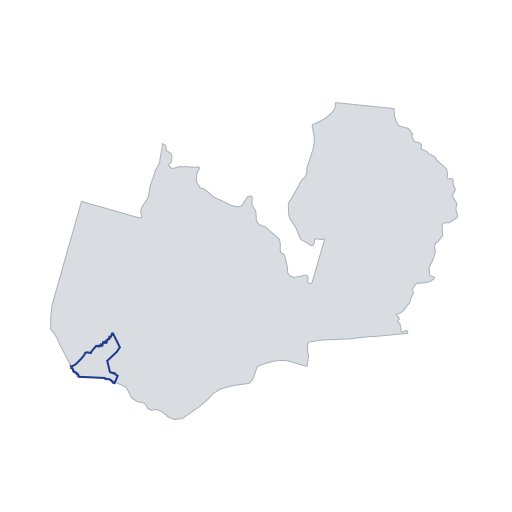 Sesheke, Western, Zambia (highlighted), rotated 16°
{"feature_id": "96606910B16407097160512", "entity_name": "Sesheke", "entity_type": "district", "adm_level": 2, "iso_a3": "ZMB", "parent_name": "Zambia", "parent_adm1": "Western", "projection": "natural_earth1", "projection_center": [23.989, -16.932], "detail": "fine", "context": "in_parent", "style": "outline", "palette": "blue", "viewbox_px": 512, "rotation_deg": 16, "n_neighbors": 0, "source": "geoboundaries", "source_scale": "gbopen_adm2", "svg_char_len": 7067}
<svg xmlns="http://www.w3.org/2000/svg" viewBox="0 0 512 512"><g transform="rotate(16 256 256)"><path d="M335.3,348.1L314.6,348.1L307.0,350.0L300.8,352.9L293.4,357.5L289.1,360.7L287.9,362.4L287.3,366.3L287.3,372.3L286.5,376.6L284.2,380.5L273.0,385.3L265.6,389.2L258.4,393.8L252.9,399.8L249.2,407.2L243.0,416.4L229.9,432.7L222.5,435.7L216.2,435.0L208.6,431.6L202.6,431.0L198.2,433.1L194.1,432.4L190.3,429.0L187.1,427.8L184.6,428.7L181.3,428.5L175.3,426.6L170.2,420.8L167.4,418.4L165.2,417.5L159.0,416.6L144.8,415.2L130.1,418.1L117.1,421.1L103.9,408.1L91.1,394.4L88.4,390.9L83.6,386.3L80.2,384.1L78.8,382.9L75.4,370.7L73.5,359.5L73.2,251.6L131.4,251.6L135.1,251.1L135.3,250.0L132.6,244.2L132.7,242.2L133.5,238.3L136.0,230.5L136.2,227.9L135.0,219.4L135.1,214.6L135.8,205.0L135.4,201.8L136.7,197.5L137.2,194.6L137.8,193.4L137.1,190.1L135.9,178.7L135.2,173.9L138.7,174.6L139.9,177.0L140.6,179.5L142.2,179.7L146.3,181.2L147.7,183.3L148.7,187.9L148.1,190.2L146.8,192.1L148.1,193.8L150.9,194.9L152.5,194.6L157.2,191.5L161.5,190.3L163.7,189.5L173.4,187.5L175.3,186.3L176.6,186.3L177.6,187.2L176.7,190.5L176.4,193.4L177.6,198.8L178.5,201.3L180.5,203.2L182.0,204.1L183.6,206.1L186.9,205.7L194.3,208.5L196.5,209.8L199.6,211.1L201.8,211.5L209.4,212.5L217.5,214.1L221.6,214.2L224.6,213.8L226.7,213.0L227.9,212.1L228.5,211.4L231.6,201.1L233.1,200.3L235.1,199.7L236.3,200.7L237.6,207.2L243.3,213.0L245.3,218.0L246.7,222.2L248.0,223.4L250.2,224.8L253.7,225.3L256.9,225.5L272.5,232.7L274.2,234.0L276.1,237.8L277.2,242.2L278.4,245.6L280.5,246.2L282.2,246.5L284.0,248.8L285.4,250.9L289.9,259.4L290.6,262.8L292.8,265.0L295.8,266.0L298.7,266.1L300.3,265.1L304.3,263.3L307.4,261.3L309.7,260.6L311.0,261.1L312.1,262.5L312.7,266.7L314.9,268.1L316.5,267.5L317.2,265.9L317.2,265.1L317.4,220.7L316.0,221.1L314.2,222.3L310.1,222.5L308.5,223.4L307.9,224.8L308.3,226.7L308.3,229.2L307.7,230.3L305.9,230.8L303.3,229.8L298.5,228.6L294.6,227.8L291.7,224.5L287.9,219.5L285.4,216.9L279.3,211.7L278.3,210.7L276.5,208.2L274.9,204.1L273.4,199.3L272.6,196.2L274.1,191.5L277.7,176.2L278.6,171.4L281.5,166.5L281.8,162.2L280.6,156.6L280.9,153.5L281.4,136.0L280.6,130.4L278.6,124.3L274.2,115.7L274.3,113.9L281.0,108.3L283.1,106.2L286.6,101.7L289.0,97.9L290.5,94.8L291.1,90.7L290.0,86.9L292.3,86.2L348.1,76.3L348.9,78.9L350.6,83.3L352.5,86.5L354.9,89.3L356.9,91.0L358.3,91.5L366.9,91.4L369.9,93.1L372.6,95.2L373.3,98.6L375.0,100.7L376.9,102.3L377.8,102.6L379.2,102.1L381.5,102.1L383.6,102.8L384.6,103.6L384.7,106.4L385.3,107.6L388.2,108.1L391.2,108.3L394.1,110.3L397.1,110.6L400.7,111.4L402.4,113.4L406.2,115.5L410.8,117.4L415.9,120.5L416.0,121.5L416.9,123.3L417.8,124.6L417.8,126.6L418.2,128.4L419.5,128.8L420.6,128.9L421.6,127.6L423.0,127.7L424.5,128.5L425.0,130.6L426.2,133.4L428.0,135.3L429.3,137.1L428.8,140.5L428.0,143.5L430.6,146.5L433.9,149.4L434.8,150.7L435.0,154.9L435.5,156.4L437.7,159.9L438.8,162.3L438.7,163.7L432.6,170.7L428.8,171.8L427.2,173.2L426.2,174.7L428.6,181.7L429.8,184.4L428.7,187.7L426.3,193.3L425.1,193.8L424.9,198.1L425.6,199.7L426.8,200.9L427.3,203.8L427.1,211.0L425.5,219.2L428.2,226.3L429.1,227.1L432.9,227.2L433.6,227.8L432.7,229.8L430.0,232.9L425.1,235.4L418.1,238.1L416.7,240.7L415.7,244.4L416.5,246.6L417.4,247.9L417.1,251.2L416.4,254.6L416.6,257.4L416.3,259.8L415.3,261.0L414.1,264.6L412.6,268.2L411.4,269.9L409.6,271.6L406.9,273.1L406.9,273.8L410.0,275.5L410.8,276.7L411.1,277.5L409.8,279.3L411.2,280.5L412.9,281.4L414.5,283.8L416.4,288.4L416.7,288.9L417.3,288.9L418.3,288.4L420.2,286.6L421.6,285.9L423.3,288.5L394.2,299.9L387.4,302.2L377.2,306.2L373.9,307.7L371.2,309.1L344.2,318.0L340.0,319.7L330.4,324.2L330.1,325.0L330.2,327.0L331.0,331.3L332.6,335.1L334.0,337.3L334.9,343.1L335.3,348.1Z" fill="#d9dde1" stroke="#a8b0b8" stroke-width="1"/><path d="M139.5,369.4L139.6,369.7L139.4,369.8L139.4,370.0L139.4,370.3L139.3,370.6L139.2,370.6L139.3,370.9L139.4,371.1L139.4,371.3L139.2,371.4L139.3,371.4L139.2,371.5L139.2,371.8L139.1,372.0L139.0,372.3L138.9,372.2L138.9,372.3L138.9,372.2L138.9,372.3L138.8,372.5L138.7,372.5L138.8,372.5L138.7,372.7L138.7,372.8L138.7,373.0L138.6,373.3L138.4,373.5L138.2,373.8L138.3,374.0L138.2,374.0L138.0,374.3L137.9,374.3L138.0,374.4L137.8,374.5L137.7,374.8L137.8,374.9L137.9,375.0L137.8,375.3L137.8,375.5L137.6,375.5L137.6,375.4L137.5,375.5L137.4,375.8L137.4,376.0L137.1,376.1L137.0,376.3L136.9,376.5L137.0,376.6L136.9,376.7L136.9,376.8L136.9,376.7L136.9,376.8L136.7,376.9L136.5,377.0L136.4,377.3L136.5,377.4L136.4,377.5L136.5,377.5L136.4,377.6L136.2,377.7L136.1,377.8L136.1,378.0L135.9,378.1L135.8,378.3L135.8,378.6L135.7,378.6L135.4,378.9L135.5,379.0L135.4,379.1L135.5,379.1L135.4,379.3L135.5,379.4L135.4,379.4L135.3,379.5L135.2,379.6L135.1,379.8L134.9,380.0L135.0,379.9L134.9,379.9L134.8,380.0L134.7,380.1L134.8,380.2L134.7,380.2L134.8,380.2L134.8,380.3L134.7,380.3L134.7,380.5L134.8,380.6L134.6,380.6L134.4,380.7L134.4,380.8L134.2,380.8L134.3,380.9L134.2,380.9L134.1,381.0L134.1,380.9L134.1,381.0L133.9,381.1L133.8,381.3L133.7,381.3L133.8,381.4L133.7,381.5L133.3,381.7L133.4,381.8L133.4,382.1L133.2,382.3L132.9,382.8L132.6,383.1L132.5,383.4L132.5,383.5L132.5,383.8L132.4,383.8L132.4,383.7L132.4,383.8L132.3,383.7L132.2,383.7L132.3,383.8L132.2,383.8L132.1,384.1L132.2,384.3L132.1,384.5L132.1,384.8L132.0,385.0L131.9,385.0L131.7,385.1L131.5,385.3L131.4,385.2L131.5,385.2L131.4,385.2L131.2,385.1L130.9,385.2L130.8,385.3L130.7,385.4L130.6,385.5L130.6,385.4L130.5,385.5L130.4,385.6L130.1,385.8L129.9,386.1L129.7,386.0L129.6,385.9L129.4,385.9L129.4,386.1L129.2,386.0L128.6,386.2L128.3,386.2L128.3,386.3L128.1,386.5L127.8,386.6L127.6,386.5L127.3,386.6L127.2,386.8L126.8,386.9L126.7,387.0L126.7,387.3L126.7,387.5L124.1,393.2L124.1,394.6L123.9,394.8L123.6,394.9L123.1,394.9L120.8,395.0L120.4,395.2L120.1,395.2L119.9,395.4L119.7,395.4L119.2,395.7L119.0,396.1L118.5,396.4L118.2,398.5L117.5,400.2L117.1,401.1L116.8,402.0L116.5,402.4L115.9,403.7L115.6,404.2L114.8,405.7L114.2,407.0L113.7,407.7L112.7,409.5L112.2,410.2L111.7,410.6L111.4,411.0L109.0,413.1L108.6,413.1L109.2,413.9L109.9,414.3L109.6,414.7L110.8,415.0L111.3,415.5L111.4,415.9L111.8,416.2L111.8,416.6L112.3,416.8L112.2,417.1L112.9,417.7L114.2,417.5L114.3,417.7L115.8,417.9L116.1,418.0L116.3,418.4L116.5,418.7L117.1,418.6L117.4,418.7L117.5,418.8L117.6,419.1L117.8,419.3L118.1,419.4L118.2,419.5L118.4,419.9L118.7,420.7L118.9,421.0L143.9,415.0L144.0,415.0L144.4,415.5L144.7,415.6L144.9,415.4L145.3,415.3L145.8,415.4L146.2,415.6L146.5,415.6L147.3,415.2L147.8,415.1L148.1,414.9L148.3,414.8L149.0,414.9L149.6,415.1L150.3,415.2L150.5,415.2L151.0,415.4L151.7,416.1L151.9,416.3L152.1,416.4L152.5,416.5L152.8,416.2L153.0,416.2L153.4,416.6L153.4,417.1L153.5,417.2L153.6,417.3L153.9,417.3L154.4,417.2L155.1,417.2L156.1,409.3L155.9,409.2L155.4,409.1L154.3,408.8L154.0,408.6L153.8,408.6L153.6,408.4L153.4,408.4L153.2,408.1L152.9,407.9L152.9,408.0L152.5,407.9L152.3,407.9L151.7,408.1L151.1,408.1L150.9,407.9L150.8,408.0L150.6,408.1L150.0,407.8L149.3,408.0L149.0,408.0L148.7,407.8L147.8,407.9L147.6,407.8L141.9,397.8L148.5,386.6L150.3,381.3L139.5,369.4Z" fill="none" stroke="#1e3a8a" stroke-width="2"/></g></svg>